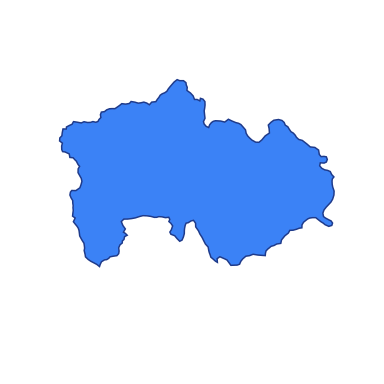 outline of Cajuru, São Paulo, Brazil, rotated 290°
{"feature_id": "56859067B13120232397844", "entity_name": "Cajuru", "entity_type": "district", "adm_level": 2, "iso_a3": "BRA", "parent_name": "Brazil", "parent_adm1": "São Paulo", "projection": "robinson", "projection_center": [-47.318, -21.282], "detail": "fine", "context": "isolated", "style": "filled", "palette": "blue", "viewbox_px": 384, "rotation_deg": 290, "n_neighbors": 0, "source": "geoboundaries", "source_scale": "gbopen_adm2", "svg_char_len": 3884}
<svg xmlns="http://www.w3.org/2000/svg" viewBox="0 0 384 384"><g transform="rotate(290 192 192)"><path d="M90.3,130.6L92.5,130.5L95.5,130.8L98.3,133.0L99.3,135.0L101.1,136.4L103.1,137.2L104.7,139.9L106.5,143.2L109.0,144.2L111.5,143.7L114.5,142.2L117.7,142.4L120.2,143.9L122.2,143.3L124.1,144.3L127.0,143.9L129.2,145.9L130.3,143.6L130.8,141.3L134.5,142.0L136.9,138.5L140.0,135.7L143.2,137.2L144.6,140.8L146.4,144.4L148.3,147.6L151.1,151.2L153.0,154.0L154.2,157.8L155.0,161.6L155.3,165.3L156.1,167.4L157.5,169.2L158.4,172.3L158.8,175.8L160.3,178.8L158.7,180.5L156.3,180.4L155.4,182.8L153.5,185.4L149.4,185.5L146.8,184.9L145.1,186.6L145.0,190.7L143.1,193.9L141.5,197.3L143.4,199.1L146.9,199.3L150.3,199.0L153.5,197.9L155.6,197.4L158.4,197.0L160.7,197.1L161.9,199.0L164.4,200.9L165.9,203.1L163.9,206.0L160.5,207.4L157.7,211.4L155.3,213.7L152.7,217.1L150.1,219.8L147.7,222.4L145.8,226.0L142.5,227.9L140.8,229.1L139.2,230.5L137.2,232.0L136.3,234.5L135.0,237.7L134.6,239.9L137.9,238.4L140.7,240.3L140.4,244.9L140.1,248.1L138.3,250.8L136.4,253.6L138.8,259.5L140.4,261.4L143.6,261.6L146.6,262.6L150.1,264.6L151.9,267.9L154.4,270.7L155.3,275.5L156.5,279.8L157.3,282.6L159.4,282.0L161.9,281.7L164.4,282.8L166.2,283.9L168.0,284.9L169.8,287.4L172.1,289.4L174.1,293.0L177.6,292.5L180.4,293.5L182.5,294.2L186.4,296.6L189.4,297.0L190.7,300.1L192.7,302.9L194.7,305.2L195.9,307.5L198.8,306.6L201.8,307.2L204.3,308.7L206.2,309.9L207.7,311.4L209.1,314.0L210.2,317.1L208.2,323.1L207.6,326.0L206.8,328.2L206.5,332.3L208.4,334.8L210.9,334.7L212.4,332.6L212.7,329.8L213.2,326.3L213.9,324.0L216.9,322.2L220.4,322.2L223.7,323.3L230.0,326.0L233.4,326.6L237.7,326.4L241.5,325.2L244.7,322.6L247.2,321.1L250.3,319.8L252.3,319.4L254.7,320.2L256.2,317.3L258.5,314.9L258.7,312.1L258.2,309.0L258.7,305.8L260.3,303.0L263.3,302.6L264.4,306.3L266.1,308.0L268.9,308.0L271.0,306.2L270.6,303.8L269.4,301.2L270.8,298.8L274.7,296.6L275.9,292.2L274.8,287.7L276.4,283.6L277.5,280.2L278.2,278.0L277.9,274.3L279.2,271.3L280.6,269.7L282.0,267.1L282.5,264.4L284.2,262.0L286.1,259.7L286.7,256.8L288.9,254.8L290.0,252.1L289.7,248.5L287.4,244.3L284.4,242.3L281.0,240.8L277.9,242.8L273.9,244.6L269.8,241.6L264.8,239.8L261.6,237.9L260.6,234.8L261.3,230.5L262.5,227.6L263.7,225.2L265.7,222.8L268.7,221.0L270.3,218.2L272.1,214.9L272.5,212.4L272.2,209.4L272.4,205.0L272.8,201.3L270.7,200.0L268.9,198.8L268.5,194.7L267.0,189.7L265.7,187.8L263.9,186.5L261.2,185.6L258.3,185.6L258.5,182.9L260.1,180.1L262.1,178.7L265.7,179.0L267.9,177.9L272.4,175.7L275.3,175.2L278.2,174.5L281.4,173.2L283.0,170.6L282.9,167.9L280.3,168.2L280.7,165.2L279.8,162.7L282.7,160.2L284.5,156.7L285.7,152.5L288.8,151.7L290.6,150.0L292.7,148.9L293.7,145.9L292.4,142.3L292.5,139.6L289.3,137.6L283.8,135.5L280.9,134.5L278.0,133.9L275.9,132.4L274.1,130.4L272.1,129.0L269.4,128.5L267.5,127.8L264.5,127.1L262.7,123.4L259.4,122.1L260.1,119.1L260.0,116.0L258.3,113.4L257.1,111.1L256.9,107.6L256.2,103.8L253.8,102.9L251.9,99.6L251.0,95.8L248.5,94.3L246.2,92.7L244.0,91.1L243.0,88.3L242.0,86.0L240.0,83.7L237.6,82.3L236.1,79.5L233.3,79.5L230.8,80.9L228.3,79.8L226.1,79.5L224.6,77.7L224.3,74.8L222.7,72.8L221.6,70.1L221.1,66.5L219.0,64.3L218.3,60.0L217.6,56.6L214.6,56.1L212.6,54.0L210.2,51.8L208.2,52.3L207.1,49.2L203.3,49.8L200.3,50.5L197.6,49.3L194.7,50.1L193.6,53.5L190.6,53.8L187.3,55.1L185.7,56.6L186.2,59.0L185.8,63.6L182.7,65.4L183.5,68.6L182.3,70.8L181.4,72.8L178.8,75.6L177.7,77.6L174.8,77.1L171.2,78.3L166.9,83.3L164.4,84.9L161.1,85.2L157.6,85.2L153.6,82.4L152.3,78.5L150.3,77.8L147.4,78.3L145.1,80.4L143.2,82.8L140.9,83.7L138.5,85.0L136.6,85.5L134.1,86.7L131.0,87.4L128.5,88.0L127.6,91.1L123.5,90.7L121.7,93.6L120.6,95.5L119.2,97.4L117.2,99.0L114.7,100.3L112.3,101.5L109.2,105.0L106.9,108.0L104.7,109.2L102.5,110.3L100.1,110.7L96.8,112.9L94.6,114.1L93.1,117.5L92.3,120.6L91.9,123.7L91.4,127.3L90.3,130.6Z" fill="#3b82f6" stroke="#1e3a8a" stroke-width="1.5"/></g></svg>